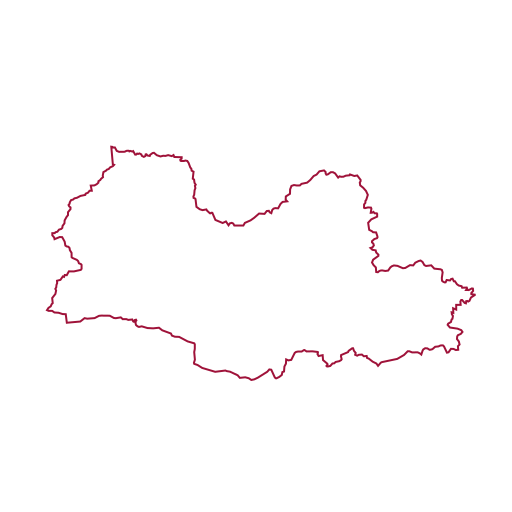 Puriscal, San José, Costa Rica (Natural Earth projection), rotated 264°
{"feature_id": "36466004B36005628367911", "entity_name": "Puriscal", "entity_type": "district", "adm_level": 2, "iso_a3": "CRI", "parent_name": "Costa Rica", "parent_adm1": "San José", "projection": "natural_earth1", "projection_center": [-84.357, 9.734], "detail": "fine", "context": "isolated", "style": "outline", "palette": "rose", "viewbox_px": 512, "rotation_deg": 264, "n_neighbors": 0, "source": "geoboundaries", "source_scale": "gbopen_adm2", "svg_char_len": 6082}
<svg xmlns="http://www.w3.org/2000/svg" viewBox="0 0 512 512"><g transform="rotate(264 256 256)"><path d="M369.3,165.3L369.2,163.9L367.7,161.3L366.6,160.8L367.3,158.5L368.6,157.7L368.6,156.9L366.9,156.3L366.3,154.8L367.6,152.9L369.0,152.6L370.2,150.8L369.8,149.4L370.3,148.5L369.4,147.4L369.5,146.4L373.2,144.8L372.8,143.9L373.6,142.2L373.3,141.1L373.7,141.0L374.1,139.8L374.1,138.1L373.4,136.3L373.9,130.7L375.1,128.5L378.7,127.0L378.8,125.1L379.5,124.7L379.8,123.5L362.2,123.2L361.5,124.4L360.3,123.0L359.4,120.2L357.9,118.6L357.4,116.6L356.6,115.9L355.4,113.0L351.9,112.0L350.4,112.1L349.0,110.0L347.9,109.1L346.8,107.1L345.4,106.9L344.0,105.0L343.1,102.7L343.3,99.0L338.1,99.5L338.3,97.3L336.5,95.5L335.8,93.1L334.6,92.6L334.1,87.7L332.6,84.0L332.3,81.4L331.3,80.1L330.9,77.9L328.8,76.4L327.5,76.1L326.3,74.9L324.9,75.4L323.7,76.6L322.0,76.4L319.2,73.6L316.3,73.3L314.7,71.7L311.4,69.4L308.5,68.9L306.2,66.8L304.2,66.3L303.3,65.2L302.8,62.8L300.9,61.0L300.6,59.1L299.8,58.2L300.0,55.8L297.9,55.6L295.5,57.2L293.8,57.4L295.4,62.8L295.0,65.2L290.3,67.2L286.3,67.5L285.3,68.7L284.8,70.4L283.4,71.4L281.3,71.5L278.4,72.9L274.1,72.5L273.3,73.2L270.9,77.4L269.5,78.6L267.3,79.1L266.2,81.1L265.4,81.6L261.5,81.2L260.5,80.3L259.7,73.2L260.3,68.3L256.7,65.8L257.1,63.8L255.3,62.9L255.9,61.8L252.7,59.0L252.2,55.5L249.7,55.4L248.3,54.6L245.6,54.0L244.3,53.0L242.6,53.6L239.2,52.5L235.5,48.9L230.4,48.9L229.4,47.7L227.4,46.6L226.1,44.2L224.0,42.5L223.1,44.1L222.7,47.6L220.9,49.6L220.2,53.7L218.5,57.5L218.0,60.7L209.4,60.9L209.2,74.4L212.1,79.0L211.3,81.6L211.1,89.0L212.9,93.6L212.9,95.8L211.9,104.3L209.2,108.2L208.8,110.1L209.1,115.1L207.1,116.9L206.8,120.4L205.8,122.3L205.8,126.3L203.8,127.0L203.4,127.6L205.0,128.8L205.2,130.0L204.4,130.3L203.4,129.4L201.4,129.2L199.8,129.5L198.4,130.9L197.7,132.2L198.0,135.0L195.7,140.5L194.8,146.2L194.8,152.0L191.9,155.0L187.8,163.3L185.6,164.1L184.2,166.9L183.6,171.1L178.2,179.1L175.6,185.5L174.5,185.9L169.9,185.4L166.9,184.5L159.3,184.4L156.2,183.1L155.2,183.3L153.7,186.5L150.3,190.8L145.1,203.3L145.3,213.6L144.6,214.8L143.7,218.0L139.3,225.3L136.5,227.2L136.5,232.6L135.2,236.0L133.2,238.4L133.5,241.4L134.8,245.1L139.7,255.1L141.8,257.4L141.3,259.3L133.6,261.9L132.4,262.7L132.2,263.5L133.3,266.5L135.0,269.2L137.8,270.1L138.2,271.8L143.1,272.7L145.8,274.5L150.0,275.2L148.8,277.3L149.0,280.2L155.6,284.4L156.4,285.8L156.6,287.8L156.2,291.4L157.4,293.8L157.4,294.4L155.8,296.3L155.3,302.2L154.1,307.4L153.3,307.5L152.1,306.9L150.0,307.8L150.4,311.9L145.5,311.8L141.4,315.7L140.6,315.8L139.3,314.6L138.7,315.1L138.6,315.9L138.9,318.4L141.1,320.8L141.1,322.6L142.3,324.1L142.7,327.8L143.6,329.8L144.4,330.4L147.4,330.0L148.6,330.3L150.8,337.5L152.0,338.2L154.2,342.1L154.1,342.9L151.5,343.5L149.2,345.0L147.4,344.3L146.3,346.2L147.0,347.9L146.9,351.0L145.0,352.8L145.0,355.6L143.0,355.8L142.2,357.4L138.7,361.0L136.5,364.5L134.0,365.9L136.9,369.0L137.3,370.1L138.9,385.7L142.1,392.9L145.4,396.9L145.2,398.6L143.8,401.2L143.3,406.7L142.1,408.7L140.7,410.1L144.5,411.8L145.6,412.6L146.6,414.6L146.2,416.8L144.6,418.8L144.6,420.0L144.9,421.7L147.0,424.7L147.0,428.0L147.7,430.0L147.7,431.8L147.4,432.8L146.2,433.6L139.9,435.8L140.1,437.4L143.3,440.2L142.9,442.8L141.6,444.9L141.6,447.3L145.2,447.4L146.7,449.2L149.8,448.8L152.4,447.2L155.0,447.7L156.1,448.5L157.1,451.5L158.9,453.4L160.8,452.4L162.7,448.8L164.6,441.4L167.5,439.4L168.6,440.0L170.0,443.0L172.4,443.9L173.0,444.8L175.8,445.6L177.6,444.7L179.5,444.7L178.8,446.3L183.4,446.6L181.8,449.5L186.5,450.0L186.0,454.4L189.4,454.5L190.8,455.5L190.7,456.4L187.5,458.6L187.0,459.8L189.1,460.3L189.2,461.4L188.5,462.2L189.1,463.6L192.2,465.4L194.3,469.5L194.7,469.5L195.5,466.2L196.6,466.2L198.6,468.3L200.9,468.3L201.2,467.3L199.9,464.1L200.2,461.4L201.7,462.6L202.6,462.3L202.9,457.7L204.5,457.3L205.4,454.6L206.9,452.9L210.1,451.2L210.2,450.1L212.9,449.1L212.7,447.6L211.4,446.4L212.2,443.1L210.0,441.8L210.0,440.9L210.8,439.5L212.0,438.4L214.7,438.5L220.2,439.9L222.7,439.4L223.5,438.1L224.8,432.0L228.4,429.3L228.3,424.1L229.3,422.5L232.7,421.0L234.3,419.2L234.0,417.2L232.7,413.7L230.2,411.4L230.8,408.2L228.5,403.2L228.5,400.8L231.4,395.7L232.2,392.2L231.6,390.0L230.6,388.4L227.7,385.9L227.6,383.0L228.5,379.9L228.5,378.4L228.2,377.1L227.1,375.5L227.5,373.9L232.1,374.0L234.6,372.0L237.4,370.7L240.1,372.1L243.3,377.7L244.5,377.9L246.9,375.9L249.1,375.6L250.0,372.4L252.0,370.7L252.5,372.8L254.2,374.3L256.0,374.0L257.4,372.8L258.6,372.9L260.5,375.5L261.1,378.2L261.9,378.8L262.9,378.8L266.9,377.9L267.4,374.9L268.6,373.8L270.2,371.3L277.3,371.0L280.4,374.5L282.5,380.6L285.1,380.9L285.8,380.6L286.1,378.4L287.6,377.4L286.9,375.9L287.0,374.6L290.9,375.7L292.1,375.4L292.6,372.5L292.2,369.4L292.7,368.5L296.0,368.9L297.4,370.3L299.4,370.6L300.3,371.5L305.1,373.6L309.2,372.2L312.7,369.7L315.4,367.0L318.2,366.9L319.4,367.8L320.7,368.0L325.5,365.1L325.3,362.1L327.3,358.0L326.5,357.5L326.5,353.7L325.7,351.1L325.9,348.9L326.5,347.4L325.4,345.9L329.9,343.3L331.3,341.3L331.5,339.1L329.7,336.0L329.5,334.5L330.7,333.9L332.3,334.0L334.0,332.6L333.6,327.9L330.6,324.7L329.5,321.7L325.9,317.9L323.6,314.5L323.0,308.8L321.6,307.0L321.9,303.8L322.6,301.2L322.0,298.6L318.7,296.9L314.3,296.3L312.1,291.9L309.0,291.4L307.1,292.7L307.0,288.1L305.2,285.8L301.1,283.0L301.6,280.2L301.3,278.4L300.0,276.9L297.0,275.7L298.0,274.2L299.6,273.5L299.6,271.4L297.0,268.9L297.9,263.5L294.2,258.2L292.0,254.3L290.1,248.4L287.6,246.6L288.6,237.6L290.6,236.8L291.5,235.4L291.2,233.4L289.4,231.9L293.5,229.7L292.3,226.3L296.1,219.4L303.5,217.1L303.7,216.1L303.2,215.3L303.3,214.6L306.3,212.0L307.5,211.5L307.2,207.6L308.4,204.9L311.1,201.9L318.9,201.8L319.5,201.5L320.3,200.0L321.8,200.0L323.3,200.9L327.8,201.8L329.8,202.8L332.2,202.6L333.2,203.5L335.2,202.5L338.5,202.4L339.5,201.2L346.4,202.7L347.6,200.9L349.6,200.8L350.9,199.9L355.6,198.7L357.7,197.6L358.3,195.8L358.0,194.2L358.3,191.4L358.8,190.8L359.7,190.8L360.6,192.2L362.0,192.4L363.0,185.1L365.0,184.5L364.1,182.7L365.5,179.2L365.0,176.4L365.4,174.2L365.0,171.4L366.6,167.9L369.3,165.3Z" fill="none" stroke="#9f1239" stroke-width="2"/></g></svg>